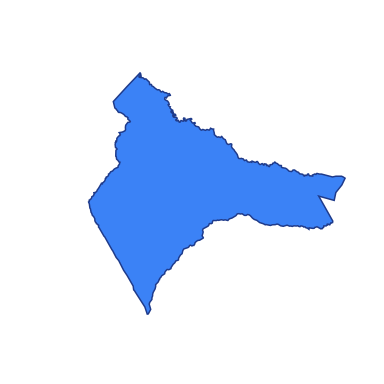 Tsholotsho, Matabeleland North, Zimbabwe (Equal Earth projection), rotated 315°
{"feature_id": "62879985B28907517418650", "entity_name": "Tsholotsho", "entity_type": "district", "adm_level": 2, "iso_a3": "ZWE", "parent_name": "Zimbabwe", "parent_adm1": "Matabeleland North", "projection": "equal_earth", "projection_center": [27.51, -19.64], "detail": "fine", "context": "isolated", "style": "filled", "palette": "blue", "viewbox_px": 384, "rotation_deg": 315, "n_neighbors": 0, "source": "geoboundaries", "source_scale": "gbopen_adm2", "svg_char_len": 6092}
<svg xmlns="http://www.w3.org/2000/svg" viewBox="0 0 384 384"><g transform="rotate(315 192 192)"><path d="M310.0,290.5L309.5,288.1L308.9,286.6L304.9,282.6L302.0,280.7L296.3,271.0L294.7,269.3L293.6,267.4L293.3,267.1L292.0,267.2L291.7,266.2L289.2,265.2L288.6,266.0L286.6,263.7L286.6,262.9L287.1,261.8L286.9,261.3L286.0,261.1L284.9,261.5L283.8,260.0L283.2,260.4L282.6,260.0L282.8,257.7L281.0,255.3L281.2,253.3L280.5,251.9L280.1,249.0L279.0,247.9L277.2,248.0L276.7,247.8L275.4,246.0L275.3,242.8L275.0,241.4L272.9,238.4L272.8,237.7L273.8,236.7L273.8,236.2L272.6,235.2L272.4,232.2L271.8,231.0L271.8,229.5L271.6,229.3L270.3,229.4L269.4,228.8L268.7,229.2L268.0,229.1L266.5,227.9L265.7,228.5L264.5,228.6L264.3,227.8L264.6,226.6L263.6,226.3L263.7,225.7L264.2,224.9L263.9,224.3L263.1,223.3L261.9,223.8L261.6,223.4L261.9,222.4L261.7,221.5L259.8,220.9L259.4,220.5L259.3,218.7L259.7,217.9L259.7,216.6L259.2,216.2L258.1,216.1L257.4,215.3L256.3,212.6L255.2,213.2L254.8,212.1L253.8,211.8L252.6,209.8L253.1,207.9L251.3,206.8L251.6,205.0L251.5,204.4L250.9,203.8L250.7,203.1L249.7,202.5L248.8,201.3L248.9,200.5L250.5,197.5L251.0,194.7L251.1,193.3L251.5,192.2L251.5,189.6L251.8,188.3L252.2,187.6L253.6,186.7L253.9,186.1L253.6,185.4L251.4,184.2L250.9,183.1L251.0,182.0L252.5,178.6L251.9,176.5L252.3,173.8L252.1,173.5L251.1,173.7L250.5,173.4L249.9,171.9L248.8,171.3L248.5,170.2L248.4,167.2L249.3,166.3L250.8,163.7L251.8,162.8L250.9,161.8L250.2,160.0L248.5,160.5L247.9,160.4L246.8,158.4L245.1,157.9L243.9,155.4L242.6,155.1L242.2,154.6L242.3,153.8L242.1,152.8L242.7,151.2L242.6,150.4L241.2,148.1L241.2,146.2L241.6,145.5L242.4,145.7L243.0,145.6L243.1,144.9L241.3,143.8L241.1,142.9L241.5,141.4L241.5,140.0L242.1,139.8L243.3,140.3L243.5,139.9L243.3,139.3L239.7,137.1L238.5,137.8L237.7,137.4L237.6,137.0L239.1,134.9L238.6,133.9L237.6,134.2L237.1,135.4L236.5,135.9L235.7,135.6L235.2,134.3L234.7,133.7L232.8,134.1L232.5,133.7L232.4,133.1L233.0,132.0L232.9,131.5L231.8,131.3L231.3,130.3L231.4,129.6L231.6,129.5L233.1,129.8L233.7,129.3L233.8,128.6L233.6,127.9L232.9,127.5L231.9,125.9L232.3,124.5L232.7,124.5L233.1,125.3L234.1,126.2L234.6,126.4L235.0,125.9L235.1,125.2L234.6,124.4L233.5,124.8L233.3,124.6L233.6,123.1L234.5,123.3L235.0,122.5L234.8,121.4L233.9,122.1L233.6,121.1L233.8,120.4L234.5,120.0L235.8,121.1L236.2,120.4L235.8,119.4L235.8,117.2L236.2,116.6L236.9,116.4L236.4,115.1L236.8,113.5L237.9,113.9L238.7,112.3L238.9,111.3L239.0,110.3L238.3,108.1L238.3,107.1L239.3,106.2L239.9,106.1L240.4,107.4L242.4,106.9L243.3,107.2L245.0,108.3L245.4,107.5L245.5,106.3L244.4,105.8L244.0,103.8L242.8,102.2L242.5,100.1L241.0,99.5L240.8,98.8L241.2,97.4L240.9,96.3L239.7,95.2L239.2,91.9L239.2,90.2L238.6,88.5L239.2,87.6L239.1,86.8L238.1,86.3L238.1,85.9L239.5,84.2L239.4,79.4L238.1,78.6L238.3,78.1L238.1,76.7L235.9,73.7L235.9,73.1L236.4,72.7L237.4,72.9L237.7,74.3L238.1,74.0L238.5,72.3L238.9,72.7L239.2,72.5L239.2,71.3L240.1,71.0L220.2,71.5L200.3,72.4L197.0,77.8L196.8,78.7L197.1,79.7L196.8,80.4L196.8,82.0L196.4,82.8L196.5,84.0L197.4,84.9L198.0,86.1L198.6,88.8L198.6,90.0L198.4,90.7L198.5,91.7L199.1,92.7L199.2,94.3L198.3,94.9L198.1,95.4L198.4,97.6L198.1,98.6L197.4,98.6L195.9,97.4L192.3,97.9L190.7,99.1L189.0,101.0L187.8,101.3L185.2,100.4L182.5,98.5L182.2,100.4L181.7,100.4L181.0,101.1L179.7,100.6L176.8,100.9L176.4,101.4L174.4,102.9L174.0,103.0L173.9,102.3L173.3,102.8L172.8,102.7L172.4,103.3L171.4,103.9L169.6,106.1L169.3,106.6L169.6,107.0L169.4,108.7L168.4,108.6L167.5,108.9L163.4,112.8L163.5,113.3L161.9,115.5L162.0,117.4L161.6,119.0L162.1,120.0L161.5,120.1L160.7,120.9L158.3,121.3L157.1,122.2L154.8,121.2L153.1,120.8L150.7,121.0L148.8,120.2L146.8,120.6L145.6,120.3L145.2,120.9L144.3,121.3L143.1,121.3L142.0,120.8L141.4,121.4L141.0,121.1L140.2,121.2L139.8,121.7L138.0,122.5L135.7,122.5L134.6,122.0L134.6,122.4L134.3,122.8L133.5,122.0L128.5,123.3L126.4,123.6L125.0,124.2L123.5,124.0L122.1,123.1L121.9,123.4L122.4,124.1L120.8,124.4L119.8,125.0L117.8,124.5L116.9,125.2L115.2,125.5L114.7,125.2L114.0,125.4L113.5,125.1L112.7,126.0L111.8,125.9L111.0,127.8L108.4,131.2L108.4,131.9L106.2,135.1L106.1,136.0L105.0,138.1L105.1,139.7L104.4,142.1L103.0,143.7L102.5,144.8L102.5,145.9L102.0,146.8L102.4,148.0L102.2,148.6L102.5,149.5L101.1,150.7L101.1,151.4L98.5,161.1L98.6,161.9L94.5,176.4L94.5,177.1L92.1,184.6L91.7,188.7L88.3,199.0L87.1,205.1L83.9,216.9L81.5,220.0L81.6,220.7L77.4,239.9L74.0,246.7L74.9,247.3L79.8,245.8L82.5,240.9L83.2,240.7L83.8,240.2L87.7,239.6L88.9,238.4L90.7,237.6L91.7,236.6L93.4,235.6L97.4,234.4L99.4,233.2L100.8,231.8L104.6,231.7L106.6,230.8L107.1,231.0L107.9,230.3L109.6,230.3L111.3,229.8L114.9,230.5L115.9,229.6L117.9,229.2L119.6,229.2L120.7,230.6L122.9,231.3L123.9,230.6L127.5,229.8L129.8,229.9L131.7,229.3L134.3,230.5L136.0,229.2L139.2,228.4L141.4,228.6L144.1,226.9L146.0,226.5L149.8,228.4L150.7,228.6L152.6,228.2L153.4,228.6L153.8,230.1L155.0,230.5L155.5,231.1L157.2,230.7L158.3,230.0L159.8,230.0L161.7,230.3L163.3,231.5L167.2,232.5L167.6,232.4L167.8,231.9L168.2,230.1L171.2,228.5L171.8,227.9L172.5,226.4L173.9,225.9L179.2,227.5L180.5,227.3L181.6,226.7L182.2,226.8L183.2,228.0L184.4,228.3L185.7,227.3L186.9,227.2L188.9,229.3L190.4,230.1L190.8,230.9L193.1,232.3L194.5,234.4L195.7,235.0L197.2,237.5L199.4,237.4L201.9,238.7L206.3,239.8L208.6,239.5L210.0,240.6L210.5,241.6L212.1,242.9L212.5,245.5L213.7,246.8L215.4,247.2L216.3,248.7L216.5,250.1L216.3,253.2L216.6,255.4L217.8,257.9L218.2,261.4L220.0,264.9L220.6,267.0L221.3,267.3L223.8,271.1L225.8,272.1L227.8,274.0L229.5,274.8L230.2,276.1L230.8,278.6L232.3,280.8L235.8,282.7L236.8,285.1L237.9,286.0L238.5,287.2L240.2,288.0L241.7,289.8L242.9,290.6L243.2,291.9L243.8,292.9L244.7,292.8L245.3,293.3L246.2,294.8L246.2,295.7L247.2,296.5L247.3,298.0L248.0,299.0L248.3,301.1L249.5,300.2L251.8,303.3L252.7,304.0L253.9,303.9L254.3,304.3L255.8,304.9L257.1,309.3L257.7,309.5L258.1,310.0L258.9,309.8L260.0,310.1L261.1,309.2L263.0,310.9L263.8,310.7L264.4,311.2L265.0,310.5L265.6,311.1L266.2,312.6L268.2,312.0L268.7,312.6L269.2,312.5L269.8,313.0L271.0,312.1L278.7,284.5L286.6,298.5L293.3,294.1L302.9,293.0L310.0,290.5Z" fill="#3b82f6" stroke="#1e3a8a" stroke-width="1.5"/></g></svg>